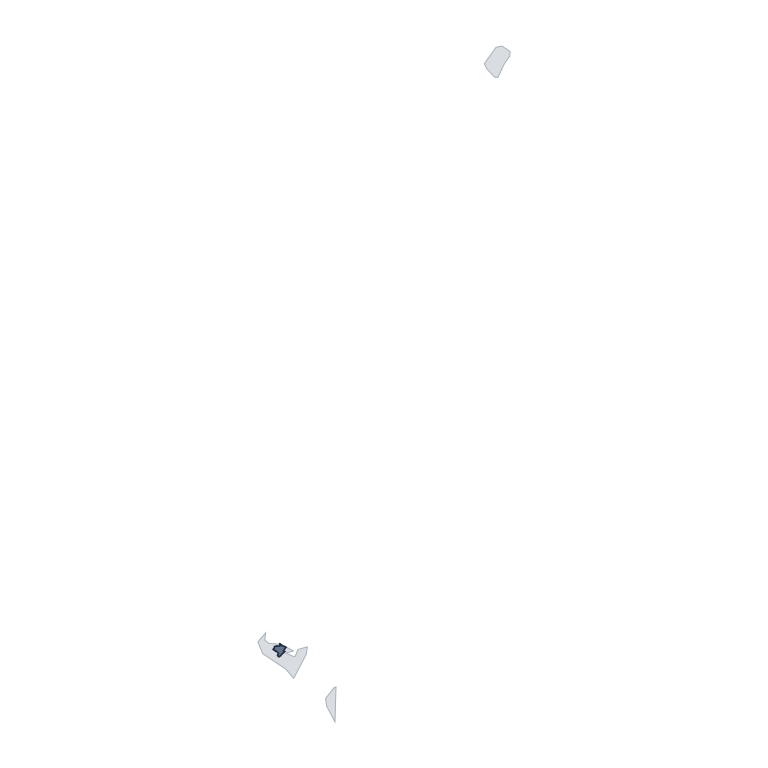 location of Kolomotu'a, Tongatapu, Tonga
{"feature_id": "48082658B41580202055285", "entity_name": "Kolomotu'a", "entity_type": "district", "adm_level": 2, "iso_a3": "TON", "parent_name": "Tonga", "parent_adm1": "Tongatapu", "projection": "equal_earth", "projection_center": [-175.229, -21.143], "detail": "fine", "context": "in_parent", "style": "filled", "palette": "slate", "viewbox_px": 768, "rotation_deg": 0, "n_neighbors": 0, "source": "geoboundaries", "source_scale": "gbopen_adm2", "svg_char_len": 1950}
<svg xmlns="http://www.w3.org/2000/svg" viewBox="0 0 768 768"><path d="M292.8,656.3L295.2,656.4L298.0,649.4L307.3,646.9L306.3,654.3L293.7,678.3L285.7,669.0L262.6,653.6L257.9,641.8L265.6,632.8L264.8,640.0L268.7,643.3L281.7,644.5L293.4,651.0L286.2,653.1L292.8,656.3ZM504.5,63.5L497.9,77.4L494.7,77.2L487.1,69.2L484.3,63.7L496.0,47.3L502.0,46.1L510.1,51.5L509.7,56.2L504.5,63.5ZM336.0,686.9L335.0,721.9L326.5,705.9L325.6,698.4L334.2,687.6L336.0,686.9Z" fill="#d9dde1" stroke="#a8b0b8" stroke-width="1"/><path d="M286.1,647.3L286.0,647.2L285.8,647.1L285.7,647.0L285.4,646.9L285.0,646.7L284.8,646.6L284.4,646.4L284.2,646.3L283.7,646.2L283.3,646.0L283.0,645.9L282.8,645.9L282.3,645.8L282.1,645.6L281.9,645.5L281.8,645.4L281.6,645.3L281.6,645.1L281.4,645.0L281.2,644.9L281.1,644.6L280.8,644.3L280.4,644.0L280.2,643.8L279.9,643.6L279.6,643.9L279.9,644.1L280.3,644.4L280.9,644.8L280.3,645.5L280.2,645.4L279.7,645.5L279.1,646.1L278.7,646.0L277.9,645.9L277.3,646.1L277.0,645.9L276.5,645.9L276.4,646.3L275.8,646.3L275.4,646.5L275.1,646.4L274.4,646.5L274.3,647.4L274.2,648.0L274.2,648.3L274.0,648.9L273.4,648.8L273.1,649.5L273.3,649.6L273.7,649.9L274.1,650.2L274.5,650.5L275.3,651.0L275.7,651.3L275.9,651.4L276.0,651.0L276.5,651.5L277.6,652.4L278.5,653.4L278.3,653.7L277.4,655.2L277.4,655.3L277.5,655.6L278.3,656.4L279.0,656.9L279.2,656.7L279.5,656.5L279.9,656.2L280.2,656.0L280.2,655.9L280.7,655.9L281.0,655.2L281.2,654.9L281.3,654.8L281.4,654.7L281.5,654.7L281.7,654.4L281.9,654.3L282.0,654.2L282.4,653.8L282.4,653.7L282.4,653.8L282.5,653.7L282.4,653.7L282.5,653.6L282.8,653.4L283.2,653.1L283.4,652.8L283.7,652.6L283.8,652.5L284.0,652.4L284.2,652.1L284.3,652.0L284.4,651.9L284.5,651.8L284.4,651.8L284.5,651.7L284.4,651.7L284.5,651.6L284.3,651.5L283.9,651.2L283.7,651.1L283.5,650.8L283.7,650.3L284.0,650.0L284.1,649.9L284.3,649.7L284.5,649.5L284.7,649.2L285.1,648.6L285.4,648.2L285.7,647.8L286.1,647.3Z" fill="#64748b" stroke="#1e293b" stroke-width="1.5"/></svg>